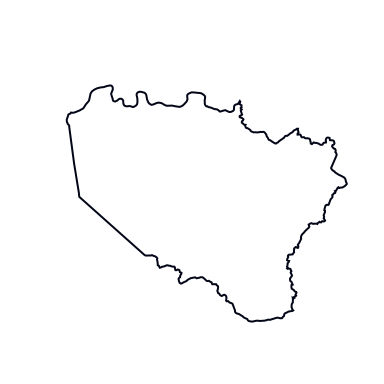 the district of Tartarugalzinho, Amapá, Brazil, rotated 200°
{"feature_id": "56859067B68348525949477", "entity_name": "Tartarugalzinho", "entity_type": "district", "adm_level": 2, "iso_a3": "BRA", "parent_name": "Brazil", "parent_adm1": "Amapá", "projection": "orthographic", "projection_center": [-51.087, 1.312], "detail": "fine", "context": "isolated", "style": "outline", "palette": "ink", "viewbox_px": 384, "rotation_deg": 200, "n_neighbors": 0, "source": "geoboundaries", "source_scale": "gbopen_adm2", "svg_char_len": 5934}
<svg xmlns="http://www.w3.org/2000/svg" viewBox="0 0 384 384"><g transform="rotate(200 192 192)"><path d="M296.3,148.9L215.4,116.7L214.2,116.4L212.1,117.0L211.2,117.5L209.0,118.2L208.0,119.0L205.9,118.8L205.0,119.0L203.0,118.5L202.0,117.9L201.8,116.7L200.2,114.0L199.1,111.4L198.0,111.4L196.4,109.8L195.4,110.5L194.4,111.6L192.8,112.5L190.8,114.4L189.8,114.8L188.7,114.8L187.4,115.2L186.1,115.1L184.9,115.2L183.0,115.8L182.2,115.2L181.9,114.4L180.8,112.9L179.8,113.2L179.2,114.1L178.3,114.4L177.2,114.3L175.9,112.5L174.3,112.5L174.0,111.4L174.5,109.4L174.0,107.9L174.8,106.8L174.9,105.7L173.6,103.5L172.4,102.4L171.3,102.1L170.6,102.4L168.6,104.7L166.9,106.2L166.1,107.9L163.8,110.5L159.9,112.9L158.2,112.5L156.3,113.6L154.7,114.9L153.4,115.4L152.3,115.3L150.5,114.7L147.9,113.5L147.0,113.6L145.8,114.3L144.0,113.8L142.9,113.9L141.4,112.3L137.8,113.6L137.0,112.9L135.3,112.3L134.9,111.5L134.4,109.1L134.4,107.8L132.8,105.9L131.8,105.9L130.3,104.7L129.1,104.5L128.3,104.5L127.3,105.9L126.5,106.5L125.2,106.3L124.4,105.9L123.5,104.6L122.8,101.6L122.0,101.2L120.7,101.8L118.9,101.0L116.4,101.0L115.6,100.7L111.1,95.4L110.6,94.2L109.6,93.4L107.9,93.2L106.4,93.4L101.8,92.5L100.7,91.9L99.4,91.7L96.7,91.5L95.6,90.6L94.9,90.3L94.0,90.2L91.8,90.6L90.7,91.0L87.6,93.0L86.4,93.5L83.9,94.1L79.5,96.1L76.6,98.2L75.1,98.5L74.4,99.0L69.4,102.8L67.9,103.4L66.6,103.4L65.3,103.7L64.2,104.3L63.9,105.6L63.1,107.0L63.5,108.5L63.2,109.7L61.0,111.9L60.5,112.6L56.8,114.7L56.4,115.4L57.3,115.7L59.1,117.9L59.9,120.6L59.5,122.6L60.3,125.3L61.1,126.9L60.2,126.6L59.5,127.5L60.1,128.4L59.1,129.3L58.7,130.2L59.6,130.7L59.3,133.0L59.9,133.7L60.7,133.6L61.5,133.8L62.5,134.5L63.3,134.9L64.2,134.9L65.1,135.2L65.8,136.1L66.3,137.3L66.7,138.6L65.7,139.4L67.6,141.4L69.4,142.2L70.3,144.2L69.4,147.5L70.3,148.7L71.3,149.5L71.8,150.3L71.5,151.6L72.4,152.3L73.1,153.3L75.2,153.2L75.7,152.5L76.6,152.8L76.4,153.9L77.2,154.4L77.2,156.0L77.6,156.9L77.8,157.7L77.2,158.9L77.2,160.4L78.2,160.2L79.3,160.4L79.6,161.6L79.3,163.8L80.0,164.6L80.0,165.4L79.6,166.1L76.1,167.8L75.9,169.1L75.4,170.2L76.3,172.0L76.3,172.8L76.7,173.9L75.8,175.7L74.9,175.9L74.0,175.5L73.2,175.9L73.4,177.3L74.5,178.4L73.8,181.4L73.4,185.3L74.0,186.2L74.3,188.6L73.7,190.7L73.2,191.5L72.1,194.5L70.1,198.4L69.9,199.6L71.2,201.2L70.8,202.0L69.3,203.5L67.2,203.5L66.2,204.1L64.2,204.8L63.3,204.8L63.1,206.0L61.9,207.6L61.2,207.3L60.2,207.7L59.7,209.1L58.4,209.3L57.4,209.9L57.2,210.8L59.3,212.3L59.2,213.6L60.3,215.1L60.2,218.4L60.6,219.9L61.4,220.1L61.6,220.9L61.9,224.6L61.4,225.8L60.5,226.3L59.7,226.3L59.2,227.0L59.3,230.3L59.2,232.6L58.3,234.8L58.4,235.8L58.9,236.4L59.1,237.3L58.5,238.0L58.3,239.2L57.2,240.0L57.2,240.9L58.0,241.8L57.1,242.5L56.6,245.6L56.1,246.5L55.1,246.0L54.3,246.7L53.5,247.2L52.6,247.4L51.8,248.1L50.4,249.9L49.3,252.3L49.6,253.2L50.5,253.9L52.4,256.7L54.1,257.7L57.3,258.2L59.9,258.4L64.0,259.3L65.1,260.0L66.1,260.1L67.9,260.8L68.6,261.2L69.5,262.1L68.7,275.8L69.0,276.9L70.0,278.0L71.0,278.6L71.0,279.8L71.5,280.7L72.3,281.4L73.6,281.3L75.8,282.6L76.1,283.4L76.0,284.2L75.2,284.8L74.8,285.7L74.8,286.6L76.1,288.4L77.3,288.7L80.1,287.9L81.3,289.9L82.6,289.7L83.5,289.4L84.0,288.7L84.2,287.8L84.1,286.5L83.4,285.4L83.0,284.4L85.0,283.3L85.3,282.6L85.6,281.1L86.9,280.4L88.2,280.4L89.7,280.8L92.3,280.6L93.2,280.2L94.6,280.2L95.7,278.0L97.0,278.2L97.6,279.6L98.3,280.4L99.1,281.8L99.9,282.2L102.1,282.0L103.3,281.3L104.3,281.3L105.5,281.8L107.4,281.0L108.2,281.3L109.3,282.7L110.3,283.0L112.4,282.0L112.8,282.9L112.3,284.7L113.8,286.4L114.0,287.7L115.0,287.4L116.0,285.9L117.0,285.1L117.6,284.0L118.0,282.6L119.4,281.1L121.2,278.1L121.8,277.3L122.8,277.0L123.6,276.4L124.1,274.5L127.7,269.3L128.1,268.1L129.0,267.3L129.7,266.2L130.7,266.1L131.9,266.3L134.2,266.8L136.3,267.4L137.5,267.3L138.4,267.9L139.3,268.9L140.6,269.7L141.4,270.6L141.8,271.4L144.3,272.9L145.4,273.0L147.2,272.1L148.4,271.9L149.1,271.3L150.8,270.4L153.2,269.7L154.6,269.1L156.9,269.2L157.8,269.5L158.5,270.2L159.5,270.5L161.8,271.0L162.8,270.7L163.5,271.0L164.8,272.6L164.7,273.4L165.9,273.1L168.9,274.2L169.3,275.5L168.6,276.5L168.5,277.9L170.1,278.6L172.6,278.6L173.2,279.5L172.8,280.3L171.9,281.0L171.4,281.8L174.0,285.1L173.5,286.5L174.6,286.8L175.0,287.8L174.3,288.4L174.9,289.4L175.1,290.4L177.5,290.9L177.5,293.3L178.2,293.8L178.6,291.7L179.0,290.4L180.6,289.3L181.2,288.7L181.6,288.0L181.7,287.1L181.5,286.1L180.7,283.8L180.9,282.8L181.3,282.0L183.1,280.4L183.9,280.1L185.1,279.9L188.6,280.3L189.7,279.7L193.0,277.2L193.8,277.2L194.6,277.7L196.6,278.2L199.4,277.6L203.1,277.8L205.6,277.4L206.8,277.8L207.7,277.4L208.7,277.8L209.7,278.6L210.2,279.4L211.4,282.4L212.1,285.7L213.0,286.8L215.2,287.6L217.0,287.9L218.4,287.7L225.0,286.0L226.6,285.4L228.4,283.7L229.3,282.6L229.5,281.7L229.5,280.8L228.0,277.7L227.9,276.1L228.1,275.0L229.3,272.0L230.4,269.9L231.9,268.3L232.9,267.7L237.2,266.8L240.2,266.4L245.2,264.4L247.3,264.4L251.0,265.1L253.9,264.6L255.8,263.4L258.3,261.0L260.0,260.0L261.8,260.3L263.5,261.1L264.9,262.5L266.0,263.8L268.0,267.3L268.6,268.0L269.6,268.7L270.8,269.0L272.1,268.9L273.8,268.8L275.5,268.3L277.0,267.1L277.4,266.1L277.5,265.2L277.2,264.1L275.4,261.3L274.3,258.7L273.7,256.4L273.7,255.5L274.0,254.5L274.4,253.8L275.6,252.3L276.7,251.6L278.9,251.6L280.1,251.4L282.8,250.1L283.9,250.0L285.1,250.1L286.0,250.7L287.0,252.1L288.0,254.5L289.3,255.3L290.6,255.4L291.8,254.9L292.5,254.2L293.6,252.3L294.8,251.0L295.9,250.6L296.9,250.6L297.6,251.1L298.9,253.1L300.5,255.0L301.6,256.8L301.5,261.4L302.3,263.1L303.0,263.9L303.8,264.2L304.8,264.3L305.6,264.0L308.2,262.5L310.9,260.3L313.5,259.1L316.5,257.1L318.6,255.0L319.4,253.9L320.4,252.3L321.0,249.8L320.1,243.3L320.1,242.2L321.7,238.1L322.7,233.5L325.5,230.2L329.3,226.8L330.3,226.1L331.4,225.6L333.0,225.2L333.1,224.1L334.7,222.5L334.5,220.7L334.5,217.2L333.5,215.0L332.7,214.4L332.1,213.5L330.3,212.6L329.9,212.0L329.6,211.1L312.4,178.2L297.9,152.3L296.3,148.9Z" fill="none" stroke="#020617" stroke-width="2"/></g></svg>